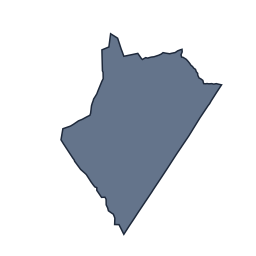 outline of Maria Helena, Paraná, Brazil, rotated 29°
{"feature_id": "56859067B83221867435385", "entity_name": "Maria Helena", "entity_type": "district", "adm_level": 2, "iso_a3": "BRA", "parent_name": "Brazil", "parent_adm1": "Paraná", "projection": "equal_earth", "projection_center": [-53.224, -23.591], "detail": "fine", "context": "isolated", "style": "filled", "palette": "slate", "viewbox_px": 256, "rotation_deg": 29, "n_neighbors": 0, "source": "geoboundaries", "source_scale": "gbopen_adm2", "svg_char_len": 1524}
<svg xmlns="http://www.w3.org/2000/svg" viewBox="0 0 256 256"><g transform="rotate(29 128 128)"><path d="M187.6,67.1L187.6,63.9L188.2,54.1L188.9,44.9L187.3,45.4L183.7,46.4L181.7,48.1L179.7,48.6L177.3,50.2L175.6,50.8L174.3,51.8L172.6,52.5L170.4,50.1L167.7,49.7L165.9,49.8L163.4,48.0L162.4,46.4L160.5,45.7L158.6,44.0L156.4,43.8L154.5,42.9L152.8,42.7L151.1,41.8L148.3,40.6L145.7,39.7L144.0,39.6L142.0,39.5L140.5,40.0L138.9,38.3L138.5,35.2L137.1,33.0L135.9,34.2L134.0,36.5L132.7,39.1L129.6,41.8L128.4,42.9L126.2,43.7L124.6,44.3L122.1,45.1L121.3,47.1L119.7,49.3L116.2,53.1L114.1,54.6L112.8,55.8L111.4,57.3L109.3,57.9L107.4,61.1L105.9,60.7L100.4,58.0L89.6,67.3L85.5,63.7L83.8,62.3L75.4,54.5L67.1,54.0L72.0,66.4L67.3,72.3L77.9,90.4L79.2,91.4L82.4,96.9L82.5,99.7L83.8,110.7L84.2,113.2L84.1,115.9L83.9,119.3L84.4,121.4L84.7,123.6L85.3,126.3L86.8,129.9L88.2,133.4L88.5,135.4L86.5,138.3L83.7,142.7L81.2,145.8L78.4,151.4L76.7,154.3L74.8,156.4L71.4,160.2L75.1,170.8L79.2,173.1L94.6,181.2L96.1,181.8L97.5,183.0L106.7,187.2L109.4,187.8L112.1,188.4L114.1,188.9L122.1,193.2L124.9,194.5L127.5,195.6L129.6,195.3L131.0,197.7L138.5,201.5L141.4,199.7L143.4,201.0L146.2,205.8L149.0,207.8L151.0,209.9L154.5,210.3L156.9,210.5L158.2,211.5L160.2,213.2L163.1,218.9L167.0,216.9L175.9,223.0L176.5,213.5L177.3,203.8L177.8,196.6L179.8,172.9L180.0,169.5L180.3,165.7L181.0,157.1L181.2,154.6L181.9,145.5L183.0,128.9L183.2,126.2L185.0,105.7L185.5,94.9L186.0,84.1L186.2,81.8L187.2,69.6L187.6,67.1Z" fill="#64748b" stroke="#1e293b" stroke-width="1.5"/></g></svg>